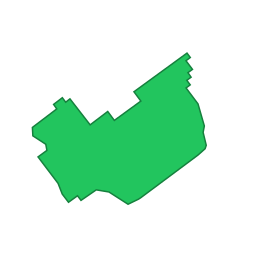 the district of Irwin, Georgia, United States of America, rotated 322°
{"feature_id": "52423323B58689815854296", "entity_name": "Irwin", "entity_type": "district", "adm_level": 2, "iso_a3": "USA", "parent_name": "United States of America", "parent_adm1": "Georgia", "projection": "albers", "projection_center": [-83.258, 31.621], "detail": "fine", "context": "isolated", "style": "filled", "palette": "green", "viewbox_px": 256, "rotation_deg": 322, "n_neighbors": 0, "source": "geoboundaries", "source_scale": "gbopen_adm2", "svg_char_len": 634}
<svg xmlns="http://www.w3.org/2000/svg" viewBox="0 0 256 256"><g transform="rotate(322 128 128)"><path d="M166.5,192.4L176.0,191.8L179.0,189.8L184.5,177.7L189.4,173.4L198.0,152.1L198.4,132.2L203.6,132.3L203.7,126.6L209.0,126.8L209.3,121.3L214.9,121.5L215.1,110.7L220.5,110.8L220.6,105.3L155.0,103.1L154.7,114.7L121.9,113.6L122.2,102.5L100.1,102.2L100.2,69.3L94.8,69.3L94.9,63.7L83.9,63.6L83.6,69.1L53.0,68.7L48.2,75.6L53.2,90.2L50.3,95.7L39.3,95.4L38.8,128.6L35.5,139.6L35.4,149.9L46.5,150.3L46.4,156.1L64.9,157.2L73.6,166.7L81.1,188.1L92.7,190.6L95.2,190.8L166.5,192.4Z" fill="#22c55e" stroke="#15803d" stroke-width="1.5"/></g></svg>